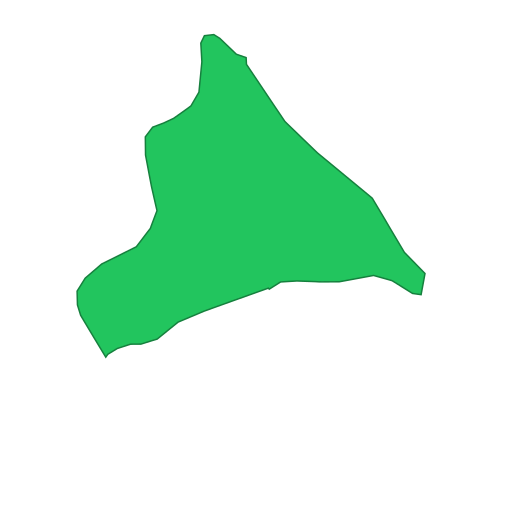 Wee-Gbehyi-Mahn, Nimba, Liberia (Mercator projection), rotated 212°
{"feature_id": "62588387B71258849496296", "entity_name": "Wee-Gbehyi-Mahn", "entity_type": "district", "adm_level": 2, "iso_a3": "LBR", "parent_name": "Liberia", "parent_adm1": "Nimba", "projection": "mercator", "projection_center": [-8.856, 6.902], "detail": "fine", "context": "isolated", "style": "filled", "palette": "green", "viewbox_px": 512, "rotation_deg": 212, "n_neighbors": 0, "source": "geoboundaries", "source_scale": "gbopen_adm2", "svg_char_len": 1236}
<svg xmlns="http://www.w3.org/2000/svg" viewBox="0 0 512 512"><g transform="rotate(212 256 256)"><path d="M411.9,310.5L413.0,298.4L403.2,283.1L397.3,276.7L389.2,267.9L381.4,259.5L367.7,245.7L364.0,242.0L360.8,226.1L360.2,223.4L360.4,221.5L360.8,217.6L361.7,207.7L362.4,200.4L377.6,175.6L382.6,167.5L385.7,157.6L389.1,146.7L389.1,134.5L389.1,131.4L381.9,120.5L381.5,119.9L373.3,112.8L367.5,109.8L351.1,101.4L329.8,90.6L329.6,94.1L324.6,104.1L315.7,114.7L314.5,115.5L306.9,120.3L299.7,128.7L296.7,132.1L295.8,133.1L290.7,148.0L287.0,158.7L279.2,169.8L275.7,174.7L275.3,175.3L270.9,181.6L266.6,187.0L266.2,187.6L251.6,206.1L228.5,235.3L227.2,234.9L221.7,246.4L221.3,247.1L208.1,256.5L191.8,265.9L189.2,267.3L186.4,269.0L171.7,278.3L167.2,282.4L146.0,301.8L130.7,306.3L127.4,307.2L103.4,307.2L95.5,310.7L103.4,330.7L132.1,337.7L149.9,346.9L159.2,351.7L162.6,353.5L167.0,355.8L188.0,366.6L189.2,366.8L251.0,375.0L258.6,376.0L278.5,380.2L299.7,384.7L302.8,385.4L322.6,394.2L342.9,403.3L365.7,413.5L366.0,414.0L369.5,419.0L379.6,416.7L402.1,421.4L409.1,421.4L416.5,415.5L415.6,407.3L404.8,392.0L391.2,364.7L391.1,361.8L390.7,348.8L392.3,344.7L398.8,329.1L404.8,319.8L411.9,310.5Z" fill="#22c55e" stroke="#15803d" stroke-width="1.5"/></g></svg>